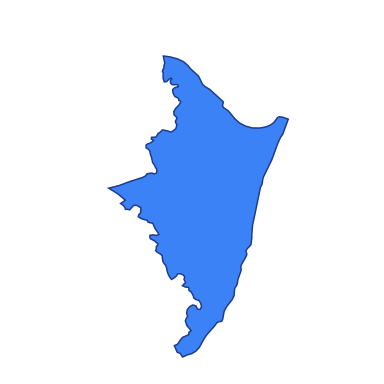 SVG path tracing the border of Gangwon, rotated 47°
{"feature_id": "KOR-2496", "entity_name": "Gangwon", "entity_type": "Province", "adm_level": 1, "iso_a3": "KOR", "parent_name": "South Korea", "parent_adm1": "", "projection": "albers", "projection_center": [128.239, 37.618], "detail": "fine", "context": "isolated", "style": "filled", "palette": "blue", "viewbox_px": 384, "rotation_deg": 47, "n_neighbors": 0, "source": "natural_earth", "source_scale": "10m", "svg_char_len": 3310}
<svg xmlns="http://www.w3.org/2000/svg" viewBox="0 0 384 384"><g transform="rotate(47 192 192)"><path d="M167.5,110.7L173.9,110.2L180.4,107.9L186.4,104.1L191.4,98.8L193.5,95.7L195.3,92.4L196.6,88.7L197.0,84.5L196.2,80.4L196.0,78.3L196.6,76.7L199.1,74.7L204.4,71.9L207.2,77.5L211.6,86.1L212.4,89.9L214.7,95.6L223.0,112.0L229.6,129.2L230.6,131.1L234.0,135.3L235.3,138.8L251.2,161.2L257.3,170.0L264.7,178.1L265.8,179.0L270.7,184.7L271.0,187.1L271.1,190.1L271.7,192.6L275.0,194.4L276.0,196.4L278.9,205.4L280.1,207.5L281.6,208.4L282.9,209.6L287.3,218.1L289.9,221.3L290.8,223.1L291.2,225.0L291.9,226.9L296.5,231.9L298.1,236.0L299.5,245.1L301.3,250.0L306.3,256.8L306.7,258.2L306.1,259.6L305.3,260.9L304.7,262.2L304.7,263.4L305.4,267.1L306.4,277.8L307.4,282.7L310.7,292.8L311.0,297.7L310.1,302.3L308.0,306.4L306.3,311.4L305.3,311.3L302.1,310.7L299.0,312.1L292.3,309.7L293.4,306.8L293.0,304.1L292.2,301.2L291.9,297.9L293.1,294.7L294.1,291.6L293.4,290.8L292.5,290.0L292.9,287.3L285.9,286.8L283.8,285.7L281.6,284.7L280.7,282.6L279.9,280.0L276.8,278.5L274.8,275.6L274.3,271.7L275.0,268.7L276.6,267.5L278.4,266.8L281.2,267.9L283.4,266.2L282.5,263.4L279.5,261.6L276.2,260.9L273.6,262.3L271.1,263.0L267.6,261.4L263.8,260.8L262.6,261.3L261.5,261.2L260.7,260.1L259.5,259.6L256.8,261.8L254.0,262.9L253.8,260.8L254.0,258.7L252.3,257.9L250.5,257.5L249.1,255.2L246.5,255.0L243.9,256.2L242.2,258.3L242.8,261.3L242.6,264.0L242.0,266.6L239.6,266.4L236.7,265.8L234.3,264.8L231.9,263.5L230.0,262.3L228.0,261.4L225.6,261.2L223.1,260.7L220.6,259.1L218.3,257.3L216.0,257.4L213.8,258.1L211.7,258.5L210.0,258.6L209.3,257.0L207.4,255.1L207.5,253.4L206.6,252.3L202.0,252.8L199.2,253.8L198.3,254.2L197.4,254.2L196.1,253.5L195.0,252.3L196.7,249.7L199.4,247.8L200.5,245.3L198.8,244.7L193.4,243.9L188.1,242.0L185.8,243.7L184.0,244.7L181.7,244.2L179.8,245.7L176.6,247.4L173.5,248.2L172.3,246.5L172.3,244.0L168.7,240.1L163.8,241.7L162.0,243.9L162.5,249.8L160.6,251.1L159.9,251.9L159.2,252.5L158.4,252.1L157.6,251.6L154.6,251.4L151.7,252.1L152.6,246.3L142.4,247.6L132.4,250.3L137.6,240.8L141.9,230.4L147.8,217.9L148.5,215.2L148.0,212.5L149.3,210.4L151.0,208.2L152.9,207.5L153.9,205.3L152.9,203.5L151.4,202.3L149.2,202.0L146.9,201.1L143.7,200.7L138.4,197.7L136.0,196.7L133.6,195.1L131.0,194.7L128.5,195.5L126.4,193.7L126.5,191.7L127.6,189.7L128.0,187.4L128.0,184.9L125.5,185.7L124.4,184.3L127.2,181.0L126.7,178.9L126.0,176.7L126.5,175.1L126.5,173.1L126.4,171.3L131.2,167.8L133.1,167.2L134.2,165.5L134.7,160.7L132.5,157.2L130.7,156.8L129.0,156.0L127.7,152.5L125.6,152.3L123.3,152.5L120.9,150.7L119.8,147.5L119.4,141.9L118.5,139.0L117.9,138.5L117.1,138.6L116.6,139.1L116.0,139.2L114.4,138.0L110.4,139.4L106.8,138.4L105.4,137.5L103.9,136.2L103.9,133.9L104.6,131.8L105.2,131.0L105.6,130.2L105.0,129.7L104.2,129.5L103.4,129.7L102.7,130.2L101.5,131.8L100.1,133.2L97.9,133.5L96.1,132.2L95.7,131.0L95.6,129.8L94.9,129.4L94.2,130.2L93.9,131.4L93.9,135.3L92.6,137.2L89.2,135.6L86.0,132.7L85.0,131.5L83.8,131.6L82.8,130.1L82.1,128.1L81.3,127.1L80.3,126.2L79.5,124.3L78.1,123.4L74.8,121.3L73.0,120.3L73.6,119.6L78.8,115.5L84.8,111.8L91.1,109.3L97.2,108.7L100.2,109.1L111.7,108.2L120.6,110.9L123.4,110.7L129.0,109.1L147.1,107.6L147.9,108.1L149.0,109.9L150.2,111.0L151.5,111.4L157.7,110.1L167.5,110.7Z" fill="#3b82f6" stroke="#1e3a8a" stroke-width="1.5"/></g></svg>